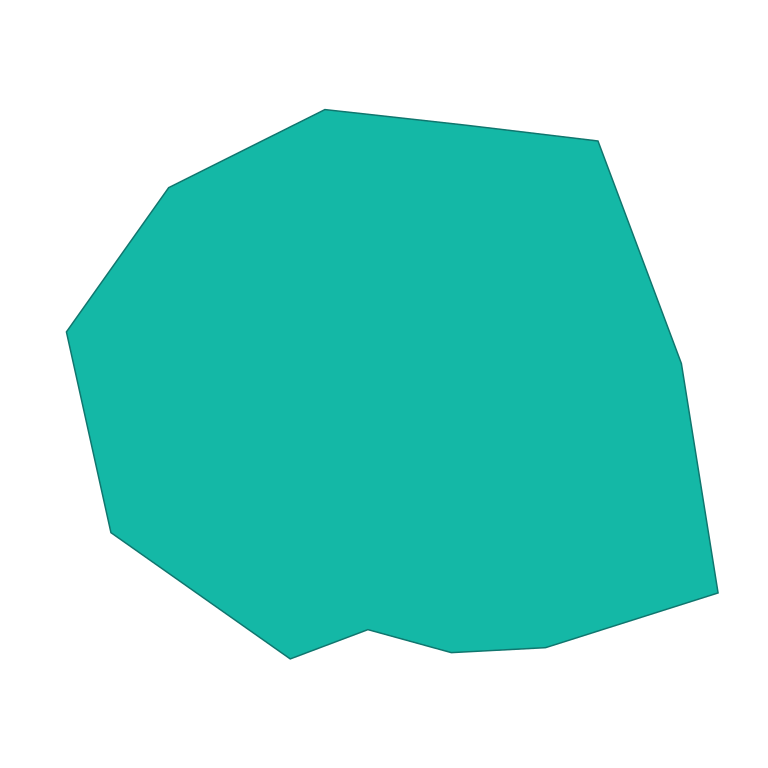 an SVG outline of Santa Catarina do Fogo, rotated 84°
{"feature_id": "CPV-5044", "entity_name": "Santa Catarina do Fogo", "entity_type": "state/province", "adm_level": 1, "iso_a3": "CPV", "parent_name": "Cabo Verde", "parent_adm1": "", "projection": "robinson", "projection_center": [-24.332, 14.912], "detail": "fine", "context": "isolated", "style": "filled", "palette": "teal", "viewbox_px": 768, "rotation_deg": 84, "n_neighbors": 0, "source": "natural_earth", "source_scale": "10m", "svg_char_len": 323}
<svg xmlns="http://www.w3.org/2000/svg" viewBox="0 0 768 768"><g transform="rotate(84 384 384)"><path d="M626.7,73.6L663.1,250.9L658.2,345.1L626.6,425.7L647.6,506.0L503.3,671.1L299.0,694.4L166.2,577.6L104.9,414.1L135.5,274.0L164.7,145.8L394.7,86.1L626.7,73.6Z" fill="#14b8a6" stroke="#0f766e" stroke-width="1.5"/></g></svg>